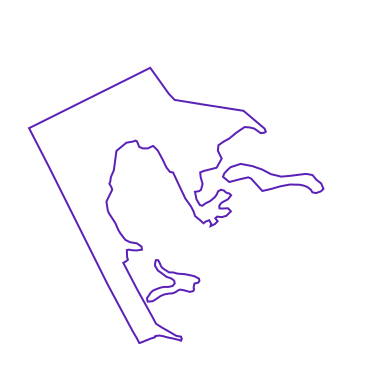 outline of Al-Ganoub, Bur Sa`id, Egypt, rotated 155°
{"feature_id": "37247803B91562573257971", "entity_name": "Al-Ganoub", "entity_type": "district", "adm_level": 2, "iso_a3": "EGY", "parent_name": "Egypt", "parent_adm1": "Bur Sa`id", "projection": "albers", "projection_center": [32.225, 31.141], "detail": "fine", "context": "isolated", "style": "outline", "palette": "violet", "viewbox_px": 384, "rotation_deg": 155, "n_neighbors": 0, "source": "geoboundaries", "source_scale": "gbopen_adm2", "svg_char_len": 3102}
<svg xmlns="http://www.w3.org/2000/svg" viewBox="0 0 384 384"><g transform="rotate(155 192 192)"><path d="M312.7,318.7L311.0,275.2L307.5,143.7L304.6,90.9L303.8,82.9L303.7,80.6L303.7,80.0L303.6,79.0L303.6,78.2L303.8,78.0L303.8,77.9L303.7,77.8L303.7,77.7L303.1,77.2L302.7,77.2L300.8,77.1L297.3,76.9L295.4,76.9L295.1,76.7L294.4,76.6L293.8,76.8L292.4,76.7L290.7,76.5L289.2,76.3L289.1,76.2L288.9,76.2L288.8,76.3L287.9,76.2L287.7,76.1L287.2,76.1L286.9,76.1L286.7,76.4L286.5,76.8L286.2,76.9L282.4,75.8L280.3,74.4L278.6,73.1L277.7,72.3L275.3,70.3L270.9,67.1L270.0,66.3L266.2,63.3L265.3,62.6L265.2,62.1L264.7,61.8L263.3,63.4L263.4,63.5L263.1,65.5L267.1,68.4L270.9,73.9L276.3,81.5L280.3,87.8L280.6,94.3L282.9,127.1L284.2,156.8L281.3,157.0L278.7,157.7L278.3,160.5L275.6,166.9L273.5,166.4L271.1,164.7L267.1,162.5L261.7,160.9L260.8,163.9L263.7,168.8L269.4,172.7L272.6,176.7L274.4,184.6L274.8,188.9L274.6,196.1L276.3,208.2L276.0,211.3L273.6,219.5L267.4,224.5L263.3,227.8L263.0,230.6L263.4,234.4L261.8,235.8L259.2,239.8L253.6,244.8L243.1,261.2L230.6,264.4L223.9,262.6L221.6,262.5L220.6,261.4L220.5,258.8L220.8,255.3L218.3,252.4L213.6,250.2L207.8,250.2L206.5,247.0L205.5,244.0L204.9,234.0L204.8,225.0L203.5,219.5L200.9,217.7L200.9,204.7L200.8,189.1L199.0,179.2L198.8,173.7L199.4,169.0L196.2,162.2L194.8,158.8L192.2,159.4L188.4,159.2L188.0,155.3L189.6,153.2L184.7,153.3L181.1,154.7L182.0,158.3L179.8,159.1L175.5,156.6L171.0,155.9L164.9,158.0L166.2,162.0L172.0,164.4L174.0,165.5L173.3,167.7L171.2,169.2L168.9,169.9L162.5,170.2L157.9,172.5L158.9,174.9L161.3,177.0L162.5,179.9L164.8,181.8L168.1,181.6L170.6,179.3L173.4,177.7L179.3,176.1L184.3,176.0L188.5,175.2L190.3,176.8L190.7,179.8L191.0,183.7L189.2,190.9L185.3,189.8L183.0,190.1L179.0,194.8L177.9,201.7L176.3,206.3L172.6,206.1L167.8,205.2L159.4,203.6L151.0,209.7L151.1,218.5L148.3,223.2L141.9,224.3L135.7,224.7L127.2,226.9L122.1,227.8L116.8,228.6L112.4,226.1L108.7,223.1L104.9,216.4L101.7,215.2L99.6,215.5L99.4,218.7L111.0,243.8L145.7,267.1L168.8,282.8L171.5,290.7L176.7,318.7L177.4,322.2L312.7,318.7ZM150.6,196.9L154.9,195.2L157.5,192.7L154.0,185.3L142.6,183.2L134.8,181.5L132.8,179.3L127.8,163.2L119.5,161.4L109.5,159.8L100.1,157.4L91.4,153.1L88.3,150.8L85.5,148.0L83.4,144.1L83.0,140.8L80.0,138.6L74.7,138.1L71.5,139.3L71.3,145.2L74.1,150.5L75.6,156.4L79.6,159.3L81.7,160.5L95.7,165.0L104.6,168.2L112.8,174.7L119.0,182.8L126.4,190.0L136.0,196.9L146.6,198.2L150.6,196.9ZM240.4,106.0L236.1,102.3L232.7,101.7L231.2,102.9L231.1,104.3L229.9,106.1L228.5,108.0L224.7,107.2L222.9,108.2L222.3,110.5L225.1,114.3L228.1,116.8L233.0,120.4L235.6,121.9L239.6,124.1L242.8,126.9L246.8,128.9L249.4,133.0L251.0,135.7L251.5,138.2L251.3,140.3L251.4,143.1L251.5,144.5L253.5,145.5L255.1,143.7L256.7,140.8L256.1,135.3L253.7,131.1L250.9,125.8L247.9,123.0L246.2,120.6L245.7,118.7L246.3,116.4L249.4,115.0L253.7,116.0L257.5,117.8L260.7,118.6L266.5,119.1L269.3,119.1L272.3,118.0L276.0,115.7L277.8,114.7L278.5,111.4L273.8,109.6L268.5,110.3L264.5,111.0L260.6,110.9L256.5,109.9L252.5,108.4L249.3,108.2L245.5,108.8L243.9,108.5L240.4,106.0Z" fill="none" stroke="#5b21b6" stroke-width="2"/></g></svg>